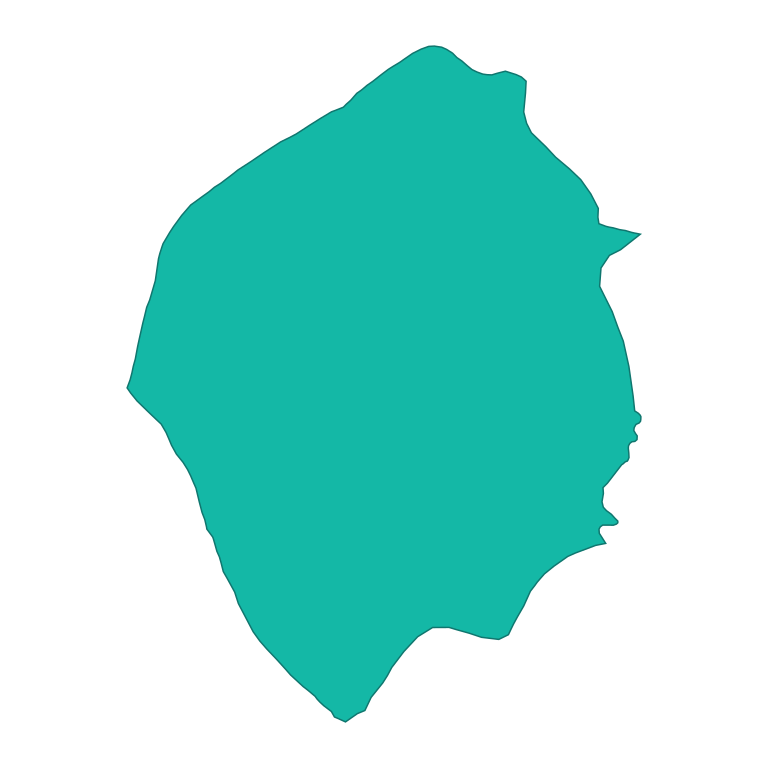 the district of Outhoomphone, Savannakhét, Laos
{"feature_id": "54806243B62661811968919", "entity_name": "Outhoomphone", "entity_type": "district", "adm_level": 2, "iso_a3": "LAO", "parent_name": "Laos", "parent_adm1": "Savannakhét", "projection": "mercator", "projection_center": [105.056, 16.753], "detail": "fine", "context": "isolated", "style": "filled", "palette": "teal", "viewbox_px": 768, "rotation_deg": 0, "n_neighbors": 0, "source": "geoboundaries", "source_scale": "gbopen_adm2", "svg_char_len": 2896}
<svg xmlns="http://www.w3.org/2000/svg" viewBox="0 0 768 768"><path d="M640.3,234.2L636.5,233.4L634.3,233.0L631.3,232.3L628.0,231.3L625.2,230.5L623.1,230.2L620.6,229.8L619.1,229.5L616.3,228.7L613.0,227.8L609.0,227.1L605.8,226.3L604.0,225.6L601.3,224.6L598.9,223.7L597.9,217.2L598.3,208.4L590.8,193.9L580.8,179.7L569.6,169.0L555.5,157.1L546.1,147.0L531.4,132.8L526.6,123.3L523.7,112.0L525.5,93.0L526.1,81.2L521.4,77.0L516.1,74.6L505.4,71.2L500.2,72.5L497.1,73.3L491.8,74.9L487.1,74.7L482.8,74.1L477.0,72.0L472.0,69.6L467.1,65.6L461.9,61.0L456.9,57.6L452.6,53.2L446.6,49.4L441.7,47.2L434.3,46.1L428.7,46.4L421.2,49.1L412.6,53.4L402.9,60.1L401.7,61.0L399.5,62.5L393.0,66.4L388.4,69.3L381.1,74.8L373.0,81.2L367.1,85.3L361.4,90.1L356.8,93.3L350.7,100.3L346.2,104.3L343.4,107.2L334.5,110.7L331.5,111.8L320.5,118.4L309.7,125.2L296.2,134.0L288.6,138.0L280.8,141.8L264.7,152.2L250.6,161.8L237.9,170.0L232.4,174.4L220.4,183.5L214.5,187.2L208.7,192.0L202.4,196.5L190.7,205.0L181.7,215.4L173.6,226.5L169.8,232.3L163.1,243.6L161.6,247.9L161.6,248.0L159.8,253.6L158.5,258.7L156.8,270.5L155.3,280.8L149.7,300.0L146.7,307.3L144.5,316.5L142.8,323.2L139.6,337.5L137.7,346.2L135.3,359.1L133.3,366.3L132.0,372.6L130.1,379.9L127.1,387.9L130.7,393.1L137.1,401.0L147.5,411.1L156.4,419.6L161.2,424.1L166.1,432.5L169.9,441.3L171.5,445.2L176.4,454.1L183.1,462.4L187.6,469.6L190.6,475.7L193.8,483.2L196.0,488.2L199.4,502.4L202.1,512.6L204.8,519.6L206.5,526.9L206.6,527.4L206.6,527.5L206.8,529.0L212.7,537.0L213.3,538.6L215.0,544.5L216.9,551.3L219.4,556.9L221.1,562.9L223.3,571.6L227.2,578.4L234.7,592.1L238.4,603.6L246.8,619.6L253.2,631.8L259.9,641.1L266.9,649.1L276.4,659.1L285.2,668.8L290.7,675.1L299.4,683.1L303.2,686.6L307.6,690.0L315.1,696.3L317.2,699.2L320.1,702.3L323.9,705.8L331.4,711.5L334.4,716.9L334.5,717.0L336.9,718.0L345.5,721.9L357.4,713.6L364.9,710.5L371.1,697.4L382.7,683.0L387.5,675.4L391.8,667.4L403.9,651.5L417.7,636.7L432.6,627.5L449.1,627.4L449.4,627.5L456.0,629.5L469.2,633.2L481.5,637.3L498.8,639.4L508.4,634.7L511.3,628.6L513.7,623.7L517.4,616.9L523.7,606.0L530.4,591.2L534.9,585.4L537.1,582.3L540.2,578.7L544.4,573.9L553.9,566.2L567.8,556.4L575.4,553.0L595.6,545.4L605.7,543.4L602.3,538.0L599.3,533.3L599.0,529.2L600.3,526.8L602.7,525.1L608.7,525.1L613.4,525.2L616.4,524.1L617.8,522.8L617.8,521.1L614.8,518.1L611.4,514.3L606.4,510.6L603.3,507.2L602.0,501.8L603.4,493.4L603.0,487.6L607.4,483.2L621.6,464.8L623.4,463.6L624.8,462.2L625.8,461.6L627.3,461.1L627.9,460.2L629.0,457.6L628.8,453.2L628.3,448.2L628.5,445.8L629.8,443.4L631.8,441.8L634.9,441.4L637.0,439.6L637.2,435.9L635.5,433.5L633.8,430.5L634.2,427.6L636.0,424.4L639.1,423.0L640.5,421.3L640.8,419.4L640.9,416.7L640.2,415.2L638.4,413.3L634.7,410.9L633.1,396.0L628.9,366.5L623.3,341.2L617.8,327.1L612.2,311.6L608.0,303.2L599.6,286.3L601.0,268.0L609.4,255.4L620.6,249.7L640.3,234.2Z" fill="#14b8a6" stroke="#0f766e" stroke-width="1.5"/></svg>